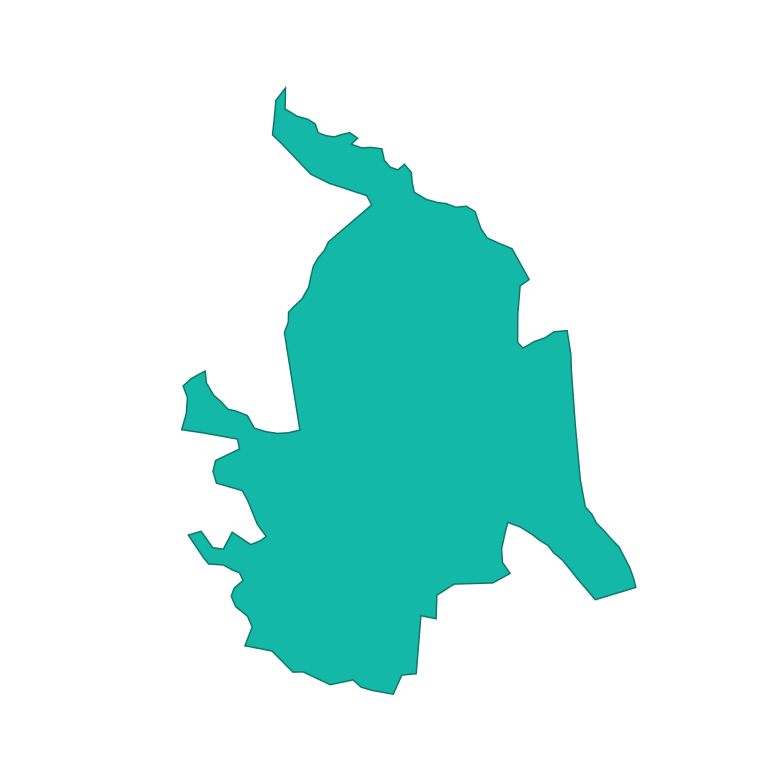 Cacique Doble, Rio Grande do Sul, Brazil, rotated 351°
{"feature_id": "56859067B35570736858884", "entity_name": "Cacique Doble", "entity_type": "district", "adm_level": 2, "iso_a3": "BRA", "parent_name": "Brazil", "parent_adm1": "Rio Grande do Sul", "projection": "robinson", "projection_center": [-51.686, -27.796], "detail": "fine", "context": "isolated", "style": "filled", "palette": "teal", "viewbox_px": 768, "rotation_deg": 351, "n_neighbors": 0, "source": "geoboundaries", "source_scale": "gbopen_adm2", "svg_char_len": 1991}
<svg xmlns="http://www.w3.org/2000/svg" viewBox="0 0 768 768"><g transform="rotate(351 384 384)"><path d="M350.3,110.7L340.0,105.9L329.3,96.8L331.1,87.4L333.0,76.2L321.5,87.0L318.1,101.0L312.8,120.5L320.8,131.0L344.5,165.3L361.4,177.3L396.5,195.3L399.8,205.2L351.3,235.0L346.1,242.7L338.8,249.0L332.7,256.5L329.3,264.7L324.7,276.7L316.2,287.3L306.8,293.6L301.0,298.1L299.1,308.1L293.7,317.5L293.7,416.3L281.9,417.2L271.3,416.2L260.1,412.7L249.1,407.4L244.1,393.8L233.8,387.7L225.8,384.4L220.4,376.1L214.0,368.4L208.7,355.0L209.4,343.3L200.9,346.1L194.1,348.7L185.3,354.5L187.7,366.7L184.1,382.3L177.0,397.5L198.7,404.3L230.7,415.5L231.1,425.6L205.7,433.2L201.4,443.5L203.0,455.7L227.4,467.2L231.1,477.5L237.0,503.0L243.8,516.1L237.3,519.5L227.3,521.8L210.9,506.6L199.5,522.0L189.2,518.8L180.4,500.9L167.1,502.6L178.5,527.2L182.7,534.4L196.8,537.5L205.3,544.1L211.7,547.8L214.1,556.0L204.1,562.1L199.9,569.7L202.6,580.6L212.9,592.1L215.8,603.4L205.7,620.8L231.6,630.2L248.9,654.3L259.1,655.7L283.8,672.6L307.1,671.4L314.0,679.9L323.9,684.6L344.6,691.8L356.1,674.3L370.5,675.2L384.2,618.6L398.7,624.0L403.2,600.9L421.9,592.6L460.4,597.5L478.9,590.8L473.1,578.8L474.3,565.4L480.8,548.7L484.7,540.1L496.0,546.4L506.4,555.4L513.7,563.1L520.8,569.2L525.1,577.2L532.7,585.8L539.8,598.0L543.7,605.1L559.0,630.1L600.9,624.3L600.2,615.8L598.0,603.7L593.8,591.2L590.7,581.8L584.1,572.5L578.1,562.9L572.0,554.6L569.0,545.2L563.6,537.0L562.9,509.4L566.6,453.5L571.2,399.8L573.2,383.6L573.2,359.9L560.2,359.0L550.3,363.5L539.1,365.6L526.9,370.3L522.5,363.9L526.9,336.7L533.8,308.4L543.7,303.5L531.6,270.4L518.6,262.4L508.7,255.8L504.0,245.5L500.9,227.9L493.0,221.3L482.6,220.7L473.6,215.5L465.5,213.2L454.8,208.4L443.8,199.3L443.4,188.5L444.1,179.3L438.5,170.2L431.2,174.7L423.9,170.7L419.3,163.0L418.7,151.4L408.0,148.2L399.2,147.4L389.2,142.1L396.4,137.1L389.5,130.4L380.7,131.0L373.5,132.2L365.4,129.6L358.3,125.6L356.8,116.5L350.3,110.7Z" fill="#14b8a6" stroke="#0f766e" stroke-width="1.5"/></g></svg>